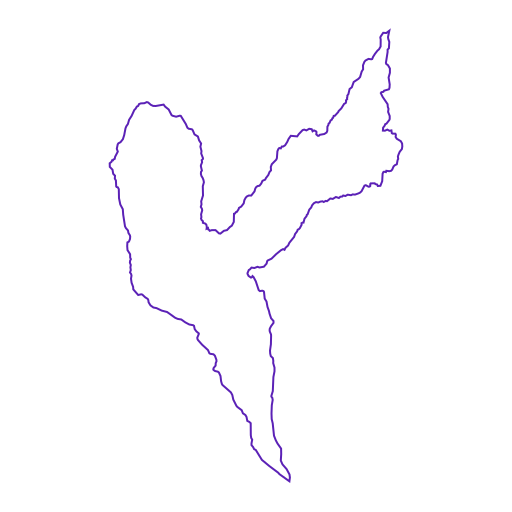 outline of La Florida, Nariño, Colombia
{"feature_id": "7082276B51356117311945", "entity_name": "La Florida", "entity_type": "district", "adm_level": 2, "iso_a3": "COL", "parent_name": "Colombia", "parent_adm1": "Nariño", "projection": "equal_earth", "projection_center": [-77.375, 1.322], "detail": "fine", "context": "isolated", "style": "outline", "palette": "violet", "viewbox_px": 512, "rotation_deg": 0, "n_neighbors": 0, "source": "geoboundaries", "source_scale": "gbopen_adm2", "svg_char_len": 6078}
<svg xmlns="http://www.w3.org/2000/svg" viewBox="0 0 512 512"><path d="M289.4,481.3L289.9,477.5L289.5,474.5L286.6,469.1L282.5,464.4L280.8,460.6L281.2,454.1L281.1,448.6L277.5,443.5L275.8,440.3L274.0,435.7L272.7,423.3L271.7,419.1L271.5,413.5L271.8,405.2L272.7,399.9L272.3,397.8L271.6,397.0L271.3,396.1L272.8,391.1L273.4,377.0L274.5,371.3L274.5,367.6L273.2,363.1L273.3,360.9L272.9,358.1L270.8,356.1L270.2,353.6L270.0,350.6L270.9,344.3L271.1,335.7L271.0,334.4L269.8,331.6L269.6,330.1L269.8,328.6L271.1,326.1L273.5,322.9L273.5,321.0L271.1,318.3L269.5,313.5L269.0,311.1L267.5,306.9L266.5,301.5L264.7,298.6L264.0,291.9L263.5,291.1L262.2,290.7L259.9,291.1L258.7,290.1L255.8,281.3L253.5,277.0L252.5,276.1L251.9,277.2L251.0,277.6L248.6,276.0L247.5,273.8L247.5,273.1L248.8,270.0L249.9,269.4L251.5,267.6L254.4,268.0L257.5,266.8L259.5,267.5L263.9,266.7L266.6,263.6L267.2,261.1L267.7,260.5L271.5,258.7L276.2,254.1L281.0,250.2L283.1,249.1L284.5,249.8L285.5,247.8L288.1,245.5L289.4,242.7L294.1,236.9L295.1,234.0L297.1,231.4L297.7,229.7L298.8,229.2L299.8,228.2L301.6,224.8L301.5,223.2L302.8,222.5L303.5,222.6L304.5,218.7L306.5,216.2L306.8,214.9L307.6,214.3L309.3,209.6L311.2,207.5L312.1,205.3L313.9,203.2L316.0,202.1L318.2,202.5L320.4,201.6L322.5,201.3L323.7,202.0L325.7,200.9L327.0,201.2L330.3,198.5L332.8,198.9L335.9,197.0L338.9,198.0L340.4,196.7L342.3,196.5L343.2,195.5L345.4,196.0L347.7,194.7L351.0,195.2L352.7,194.4L355.0,194.6L357.9,193.6L359.8,192.8L361.5,191.3L364.5,185.6L365.8,185.2L368.5,186.7L369.6,186.6L370.2,186.1L370.3,183.9L370.7,183.4L374.7,183.3L375.4,184.1L377.1,184.5L377.8,186.0L380.4,185.8L382.2,181.2L382.6,173.7L383.4,172.0L384.0,171.7L385.9,172.1L386.3,170.8L389.3,171.2L391.1,170.8L392.2,169.6L393.6,166.4L394.9,165.2L396.8,164.3L397.6,160.1L398.2,158.9L397.9,156.5L398.5,154.6L399.7,151.8L401.9,149.0L402.3,146.4L402.1,143.5L400.8,141.2L396.7,138.7L395.6,136.9L395.9,134.9L395.4,133.7L392.5,133.6L391.8,133.1L391.4,130.4L389.5,130.8L387.3,129.6L384.9,130.7L382.9,130.6L383.1,127.7L384.7,125.6L385.2,124.2L386.4,123.7L389.3,120.0L389.7,119.0L389.7,116.0L388.1,111.9L388.5,108.8L387.8,106.9L387.6,104.2L382.6,96.8L380.8,93.1L381.4,92.2L383.4,91.8L384.1,90.7L388.9,89.3L389.5,87.8L389.7,84.4L388.6,77.5L389.9,72.8L389.9,68.5L388.0,65.2L386.3,64.0L385.9,62.9L387.6,52.0L387.6,49.6L388.9,48.3L389.3,41.9L388.3,39.1L388.0,37.1L389.3,30.7L386.3,33.0L383.2,32.8L380.6,36.6L380.3,37.6L380.7,39.6L380.6,46.5L379.0,49.3L377.5,50.6L375.0,53.8L373.1,56.8L372.2,59.0L371.3,59.3L368.5,58.9L365.5,60.5L364.4,61.8L363.0,65.3L363.1,69.3L361.7,71.5L360.1,77.0L358.5,78.8L353.7,82.0L351.8,87.3L349.6,89.0L348.4,94.1L347.3,95.6L347.4,96.9L347.0,97.9L347.2,99.1L346.0,100.3L346.1,101.8L345.7,103.0L344.1,103.9L341.3,108.4L338.6,111.1L338.2,112.1L334.8,115.8L333.7,115.9L333.1,117.8L332.4,118.2L331.8,119.7L330.6,120.4L329.6,122.8L328.6,123.6L328.4,124.9L327.4,126.7L327.3,130.8L326.6,132.5L324.3,134.0L319.8,134.8L318.8,135.8L317.9,135.8L316.3,134.4L316.5,132.0L316.0,131.3L314.0,130.4L312.6,131.3L311.7,129.2L309.2,128.8L306.4,130.4L304.2,129.6L302.6,130.1L298.8,134.1L297.2,136.4L290.8,135.8L288.6,138.9L287.2,142.0L285.1,145.3L283.2,146.5L281.8,146.5L280.8,148.4L279.3,148.0L278.3,149.1L277.4,151.3L276.9,158.1L276.3,159.6L271.8,164.2L270.8,166.9L271.0,170.4L269.5,172.0L268.3,175.0L265.9,178.1L265.2,179.6L262.5,180.8L261.2,183.6L259.5,185.7L257.5,186.1L256.1,187.2L255.3,188.5L254.5,191.4L251.3,195.5L248.8,195.5L246.8,196.5L245.7,197.7L244.4,200.1L243.7,203.4L241.2,206.6L239.0,207.9L238.5,209.4L236.8,211.9L236.1,212.0L234.7,213.7L234.0,213.8L233.8,221.9L231.8,225.7L229.9,227.0L227.0,230.1L223.9,230.8L220.4,233.6L219.0,233.4L215.5,230.1L211.9,230.1L209.7,230.8L208.9,229.7L208.2,229.4L208.0,228.0L206.6,228.7L206.8,226.9L206.3,224.6L205.3,223.6L202.9,222.8L202.9,221.2L201.6,220.0L201.0,218.5L201.4,217.2L201.1,214.3L202.2,210.3L201.9,208.7L200.8,206.9L201.5,204.3L201.2,201.3L203.0,195.5L202.8,186.2L203.9,182.3L203.5,180.1L202.6,177.8L201.5,176.1L200.9,174.0L201.0,171.9L201.9,170.6L200.9,166.4L200.9,165.3L202.1,162.2L201.7,160.2L202.9,159.0L203.0,158.2L201.2,153.5L201.5,151.1L200.4,146.7L201.1,143.5L199.1,140.4L197.9,136.5L194.5,134.4L192.7,130.2L191.9,129.3L188.6,128.7L187.4,127.7L185.8,124.0L180.8,115.9L179.9,115.7L176.1,116.7L172.4,115.7L171.5,115.0L168.7,109.5L165.1,106.6L163.6,104.6L155.7,106.0L153.1,105.9L150.8,104.8L148.2,102.5L146.8,102.1L144.4,103.2L140.8,103.4L139.0,104.1L138.2,105.9L136.8,106.6L135.6,108.7L134.3,110.0L131.6,115.9L129.1,119.8L127.9,124.0L126.3,126.3L125.5,128.3L124.2,135.1L122.9,139.2L120.5,142.2L118.4,143.3L117.7,144.4L116.8,148.8L117.8,151.6L115.1,156.8L114.7,158.9L113.4,159.5L113.0,160.3L112.2,160.2L111.5,161.8L109.7,163.3L109.8,166.9L112.5,169.7L113.2,173.8L115.0,175.7L114.8,178.6L115.9,180.5L116.2,186.4L116.6,187.0L117.8,187.3L118.8,189.2L119.0,198.2L120.3,204.5L122.8,209.2L123.2,214.7L125.0,226.3L125.9,228.1L128.0,230.5L128.4,232.9L129.9,235.3L130.2,236.5L130.0,239.0L129.2,241.0L128.8,241.7L127.4,242.4L127.2,246.2L127.5,250.1L130.1,254.2L130.2,257.8L130.9,259.1L130.1,260.7L129.9,262.7L130.8,265.0L130.4,267.3L130.8,270.1L130.0,272.5L131.1,274.0L131.5,275.6L131.0,278.7L131.6,282.8L133.1,286.8L133.3,289.4L138.2,295.0L141.2,294.3L142.3,294.6L145.2,297.3L147.7,298.9L148.3,300.1L148.6,302.3L149.8,304.3L150.5,305.4L153.4,307.5L156.5,308.1L161.7,310.6L167.1,312.0L175.2,317.8L177.7,318.9L181.3,319.5L185.2,322.3L189.3,324.5L193.1,325.2L194.0,325.8L194.7,329.1L196.3,331.3L198.8,333.4L198.8,334.0L197.3,337.6L197.4,338.9L198.1,340.2L202.1,344.7L208.0,350.1L209.4,353.3L210.3,353.8L213.5,354.3L214.9,355.7L216.4,359.8L216.5,361.2L215.7,363.2L215.6,365.6L213.7,367.9L213.3,369.2L213.5,369.9L215.0,371.0L217.9,371.7L218.9,372.5L220.5,376.0L221.1,381.2L221.9,384.0L222.5,385.0L230.9,392.4L232.3,395.0L233.3,399.6L236.4,405.8L237.3,406.9L241.7,410.2L242.9,413.3L245.4,415.0L246.5,416.9L247.3,420.9L249.3,421.9L250.7,423.2L250.8,435.1L251.2,437.9L252.2,439.7L251.5,443.3L251.5,445.1L253.2,447.2L254.1,449.1L255.8,450.0L261.9,459.9L269.4,466.1L278.2,472.7L279.5,474.2L289.4,481.3Z" fill="none" stroke="#5b21b6" stroke-width="2"/></svg>